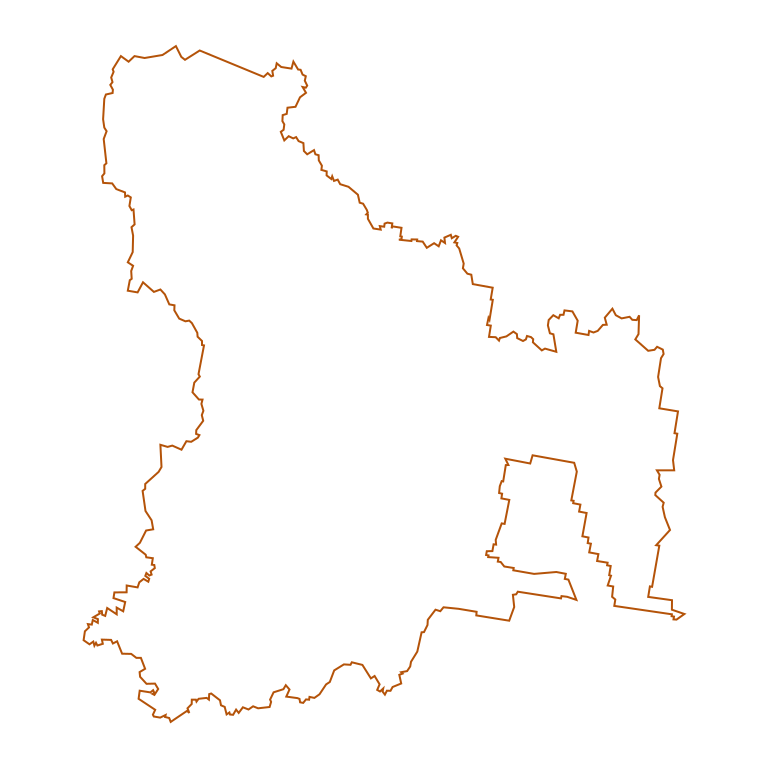 Cabonne, New South Wales, Australia (orthographic projection)
{"feature_id": "25037944B28032354001178", "entity_name": "Cabonne", "entity_type": "district", "adm_level": 2, "iso_a3": "AUS", "parent_name": "Australia", "parent_adm1": "New South Wales", "projection": "orthographic", "projection_center": [148.824, -33.111], "detail": "fine", "context": "isolated", "style": "outline", "palette": "amber", "viewbox_px": 768, "rotation_deg": 0, "n_neighbors": 0, "source": "geoboundaries", "source_scale": "gbopen_adm2", "svg_char_len": 6073}
<svg xmlns="http://www.w3.org/2000/svg" viewBox="0 0 768 768"><path d="M662.8,349.6L657.1,346.8L654.5,349.8L648.2,350.8L635.3,339.4L638.5,334.1L639.1,315.3L636.7,320.1L632.3,319.8L629.6,316.8L621.6,318.4L615.8,315.2L612.4,308.7L604.8,317.7L606.7,324.7L602.9,324.9L597.7,330.9L593.5,332.5L589.1,330.9L588.5,335.0L575.7,332.7L577.7,320.7L572.4,311.4L564.5,310.4L563.5,314.8L560.1,314.8L558.7,318.3L553.3,315.2L548.7,320.0L547.9,325.4L549.9,333.3L553.4,334.3L556.3,351.8L545.0,348.6L541.8,350.4L532.9,342.3L533.2,339.2L531.0,337.1L527.0,336.0L525.9,339.4L523.0,341.0L517.2,338.1L516.9,334.1L513.4,331.6L506.4,336.4L499.9,338.0L499.0,340.6L495.7,337.2L489.0,336.9L490.8,325.6L487.0,325.0L488.5,317.9L489.5,319.9L492.8,299.8L490.7,299.5L492.7,287.7L472.8,284.1L471.3,274.7L467.4,273.7L462.9,268.3L463.7,263.6L459.2,248.5L456.6,245.4L457.3,243.0L454.4,242.4L458.1,236.8L455.8,235.8L451.8,238.2L450.8,234.8L444.4,237.6L445.0,243.0L441.0,240.3L438.7,246.3L434.1,243.2L426.8,247.8L422.7,241.6L417.0,241.1L417.2,239.5L411.6,239.4L411.4,241.0L398.9,239.7L401.5,239.1L401.8,236.6L400.3,236.3L401.5,227.8L392.6,226.4L391.6,228.3L392.3,223.4L387.4,222.6L384.6,223.6L384.2,226.7L379.8,226.1L380.7,229.6L373.4,228.5L367.9,218.8L367.9,214.7L366.3,214.4L367.8,212.7L366.8,209.9L363.1,203.7L359.7,202.7L357.9,194.7L348.5,186.8L340.2,184.2L337.7,179.6L334.0,180.9L332.2,176.3L331.3,179.0L326.6,175.4L326.7,171.4L321.4,169.9L321.9,165.7L318.8,160.4L318.6,155.2L315.4,154.3L314.0,150.1L307.2,154.3L303.9,151.0L303.4,143.1L298.6,141.1L296.1,137.1L293.2,138.4L288.7,136.2L284.3,140.4L280.8,131.8L283.6,129.8L284.3,124.4L282.4,121.1L282.7,115.1L286.7,113.9L287.5,107.7L295.5,106.8L300.0,97.3L306.0,92.8L302.6,87.0L305.8,87.7L307.2,85.6L304.8,80.7L305.8,76.2L302.6,74.6L300.6,69.8L298.1,69.5L293.4,61.6L291.5,68.6L281.2,67.0L276.7,63.3L275.7,68.2L272.3,70.9L273.1,75.7L271.3,76.4L267.7,73.1L263.7,76.9L199.7,50.5L185.0,59.8L181.3,56.9L175.9,46.1L162.5,55.0L144.6,58.0L134.5,56.1L128.6,61.7L120.9,56.1L112.7,69.3L113.6,71.8L111.2,77.5L112.5,82.1L110.3,84.9L112.9,89.7L112.6,93.0L105.9,94.5L104.3,98.8L103.1,119.3L104.3,127.6L106.6,131.2L103.7,139.0L106.4,163.3L104.3,165.2L104.4,173.4L102.1,176.2L103.2,182.9L112.2,183.4L116.3,189.1L125.0,192.4L125.2,196.7L127.8,195.5L130.8,197.4L129.4,206.0L131.7,210.2L133.5,209.5L134.6,224.4L131.5,227.2L133.1,235.6L132.7,252.1L127.8,262.3L133.1,265.8L131.2,271.0L131.7,278.8L129.8,280.2L127.8,290.7L137.6,292.4L143.0,282.3L153.9,291.9L160.4,289.5L164.9,294.4L169.3,304.4L174.5,305.3L174.3,310.3L179.2,318.6L185.4,321.3L189.2,320.6L191.9,323.1L197.3,332.8L197.6,336.7L202.0,341.0L202.0,345.0L204.0,345.4L198.5,374.2L199.8,376.6L194.3,382.6L192.5,392.3L198.9,399.5L202.5,399.6L201.4,403.9L203.4,410.8L201.8,415.1L203.2,420.8L196.3,430.1L196.1,433.9L199.4,435.1L197.9,437.6L191.2,441.8L186.4,441.2L181.5,449.7L172.3,445.6L167.6,446.9L160.4,444.8L161.5,467.0L158.6,471.9L145.2,484.0L145.2,488.8L142.6,490.9L145.5,511.0L151.6,520.3L153.2,529.3L146.1,530.5L139.9,542.8L135.6,546.8L145.7,554.7L146.3,557.3L152.8,558.2L151.8,564.7L154.3,565.0L154.8,568.1L150.6,571.4L151.6,574.6L149.3,575.5L146.4,573.0L145.3,575.9L149.2,578.8L148.3,581.7L143.6,578.9L139.3,582.3L137.6,587.4L126.7,585.5L126.6,592.3L114.4,592.4L113.5,598.1L125.2,602.0L123.2,611.3L116.7,607.6L116.7,614.3L107.2,608.0L105.2,615.9L102.2,614.7L101.8,611.1L99.1,611.4L99.8,613.5L93.3,617.3L97.9,619.1L97.8,622.8L92.8,620.0L91.8,624.6L87.9,624.1L89.0,627.4L84.9,631.3L83.6,640.2L89.5,644.3L93.3,641.6L94.4,645.7L96.0,642.8L97.4,645.5L102.8,643.8L101.9,639.6L111.1,639.9L112.9,643.5L117.1,641.3L122.1,653.7L131.2,653.9L136.4,657.9L140.9,657.9L145.1,668.8L139.6,672.1L140.1,676.8L146.5,683.8L155.0,683.6L158.2,689.0L154.4,694.9L152.5,693.9L154.4,693.0L153.1,690.2L150.4,692.4L139.7,690.7L138.6,698.8L155.2,709.8L152.9,714.7L153.8,716.5L160.2,717.6L165.6,715.0L165.1,717.0L169.2,718.0L170.7,721.9L187.0,710.9L189.3,712.9L187.5,708.3L191.7,704.0L191.8,699.7L195.9,699.7L196.5,701.6L198.6,698.8L206.7,697.9L208.9,699.6L209.2,694.1L211.2,693.5L220.0,700.3L221.0,705.3L224.7,706.9L226.6,714.4L229.4,712.5L230.0,714.5L233.1,714.8L236.1,709.6L238.7,712.9L242.9,707.3L248.5,709.5L253.1,706.3L258.1,708.3L269.6,707.0L271.1,701.9L270.1,699.6L273.6,692.3L283.4,689.2L285.8,685.2L289.5,689.5L286.3,696.6L297.4,698.1L299.5,698.9L300.1,702.3L303.2,702.9L306.0,699.4L309.1,699.7L309.5,696.9L314.4,697.9L319.5,694.3L326.1,684.4L329.8,682.0L334.2,670.4L343.9,664.4L350.5,664.8L351.8,662.3L362.4,664.9L370.9,678.4L374.6,676.0L379.6,684.3L377.2,689.9L380.0,691.5L383.2,688.5L382.6,691.6L384.9,694.6L386.9,690.7L390.5,690.8L392.6,687.0L401.2,683.5L399.3,674.8L402.6,673.6L401.2,672.2L407.1,671.1L410.2,666.5L411.0,661.8L417.3,651.6L421.6,632.3L424.0,632.1L427.5,625.0L427.8,619.8L435.5,609.7L440.3,611.2L443.5,607.3L458.5,608.8L476.6,611.8L476.3,615.4L509.2,620.7L514.2,607.0L512.9,594.8L516.2,594.3L517.8,591.7L561.0,598.4L561.5,596.1L567.2,596.8L576.4,599.9L568.4,579.6L564.8,578.9L565.8,573.8L556.3,572.0L534.1,573.9L513.3,570.3L513.7,568.0L504.3,566.5L500.7,562.0L497.8,561.6L498.5,557.8L488.2,557.1L488.5,555.4L486.1,555.0L486.8,551.2L492.4,551.1L493.6,544.3L496.1,544.6L495.7,539.9L501.7,523.4L504.6,523.9L509.3,499.9L501.4,498.4L502.1,493.7L499.1,493.0L499.8,486.2L501.7,481.1L503.2,481.4L505.8,465.1L508.4,465.0L505.3,458.7L530.2,463.5L532.6,455.3L574.2,462.8L576.8,471.6L571.3,500.4L573.6,500.8L573.2,503.2L580.4,504.6L579.1,511.6L586.6,513.0L582.4,536.3L588.5,537.5L587.7,543.1L590.9,543.7L589.2,552.4L598.4,554.1L597.1,561.0L607.6,562.7L607.1,565.3L610.7,566.0L609.2,575.2L611.0,575.7L607.7,585.5L613.2,586.5L612.1,596.8L615.3,599.5L614.3,605.9L671.9,614.3L671.6,616.2L674.0,616.6L673.5,619.4L676.5,619.6L684.4,614.0L671.9,609.7L672.0,600.2L648.2,596.9L649.9,586.4L652.1,586.8L659.3,545.7L656.2,545.2L670.0,530.0L664.9,517.2L662.6,506.8L663.7,502.7L655.3,495.1L655.5,492.6L661.4,486.6L658.9,478.9L659.6,474.8L656.9,470.3L674.2,470.3L673.0,460.1L677.3,433.7L674.5,433.2L678.0,411.4L659.3,408.3L662.5,388.3L659.9,386.1L658.1,377.0L661.0,358.2L663.6,354.0L662.8,349.6Z" fill="none" stroke="#b45309" stroke-width="2"/></svg>